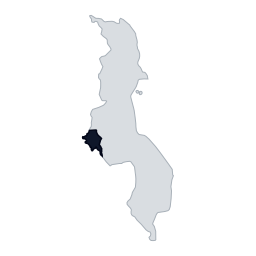 Mchinji highlighted on a map of Malawi
{"feature_id": "MWI-1911", "entity_name": "Mchinji", "entity_type": "District", "adm_level": 1, "iso_a3": "MWI", "parent_name": "Malawi", "parent_adm1": "", "projection": "orthographic", "projection_center": [33.108, -13.784], "detail": "fine", "context": "in_parent", "style": "filled", "palette": "ink", "viewbox_px": 256, "rotation_deg": 0, "n_neighbors": 0, "source": "natural_earth", "source_scale": "10m", "svg_char_len": 4395}
<svg xmlns="http://www.w3.org/2000/svg" viewBox="0 0 256 256"><path d="M97.8,149.7L96.3,147.6L95.0,148.1L93.3,149.6L92.3,150.0L91.9,149.9L91.6,149.6L91.2,148.6L89.8,145.9L88.3,144.0L86.7,143.2L85.4,142.3L86.0,141.5L86.6,140.9L86.4,140.2L85.6,139.3L82.8,138.0L82.8,137.4L85.2,136.2L86.8,134.8L87.9,133.5L89.2,130.6L90.3,127.7L91.2,126.7L91.4,124.8L91.3,122.6L91.8,119.9L92.1,117.3L91.2,116.2L90.5,114.5L91.4,111.5L92.7,109.4L99.0,107.3L103.4,105.3L104.3,104.5L105.8,102.8L106.6,101.2L106.0,100.7L102.6,100.7L101.7,100.1L99.2,94.4L100.6,87.8L100.7,85.3L100.7,82.1L100.3,79.8L99.2,78.8L98.5,77.5L98.7,74.1L99.7,73.7L101.9,69.2L102.9,66.6L101.7,64.5L100.4,61.4L99.8,59.5L99.5,58.9L100.4,57.7L101.9,56.5L103.6,56.2L105.3,55.7L110.9,50.1L111.0,49.0L110.0,47.1L107.9,44.3L107.4,43.2L107.2,39.8L106.4,38.7L103.3,36.4L101.0,34.0L101.7,31.6L102.1,28.9L100.9,27.5L99.2,25.9L98.1,23.7L97.7,22.1L96.3,21.4L95.0,21.4L94.1,22.4L93.1,22.3L91.9,22.0L91.5,20.5L91.5,19.0L90.6,17.9L89.8,16.5L89.7,15.7L90.2,15.5L91.3,15.4L95.8,18.3L98.5,18.4L101.5,19.0L104.1,21.5L105.5,21.9L107.2,21.5L112.1,21.3L114.0,21.7L116.5,23.2L117.5,23.4L119.1,23.4L119.4,23.0L119.6,22.1L119.3,20.3L119.7,19.4L120.6,18.3L123.3,19.6L129.9,25.2L130.1,25.9L134.4,31.6L135.7,33.9L135.7,35.2L137.0,40.1L137.3,42.3L137.0,44.1L137.0,45.5L137.5,47.5L137.4,48.3L138.9,51.2L139.6,53.7L139.7,56.1L139.3,58.4L137.9,61.8L137.7,63.2L138.0,64.5L138.8,65.8L140.3,67.3L141.3,69.1L142.1,71.1L142.7,72.1L143.4,72.1L144.9,72.4L146.0,73.6L147.3,75.7L147.7,78.0L147.9,79.0L144.1,78.9L139.4,79.3L138.2,80.2L137.8,82.2L136.3,86.4L135.5,87.9L133.7,90.7L131.2,94.7L130.7,96.0L130.8,97.3L132.2,102.7L133.7,108.4L134.2,110.6L135.2,118.1L135.8,123.5L135.9,126.6L136.4,130.8L137.7,133.1L139.1,134.5L144.4,135.4L146.0,136.4L149.0,139.1L155.6,146.6L159.2,151.3L162.3,155.5L167.9,163.2L172.2,169.3L172.7,174.9L173.4,175.7L171.9,179.8L170.9,186.6L171.5,191.0L171.1,198.6L170.2,206.7L169.2,209.6L167.9,210.7L164.8,211.5L158.0,212.5L157.0,213.4L156.1,215.0L154.7,218.7L153.1,222.4L152.6,224.0L152.9,224.4L154.3,226.4L155.7,231.3L155.8,239.7L155.3,240.3L153.4,240.6L151.2,240.5L150.4,240.0L149.6,239.1L149.0,237.3L150.4,236.0L150.9,233.9L150.1,232.0L148.3,231.5L146.0,229.8L141.2,224.2L137.1,220.2L134.8,216.9L132.4,215.6L131.7,214.8L131.1,213.4L131.1,211.4L131.4,209.9L130.6,208.3L128.2,205.7L127.1,204.3L127.0,202.6L128.0,201.0L130.2,199.0L131.8,195.0L132.4,192.4L135.4,187.2L135.8,182.6L135.9,179.0L135.7,176.3L135.0,170.7L134.5,166.8L130.9,161.8L129.7,161.3L126.2,161.7L123.1,162.4L121.7,163.5L119.4,163.5L113.5,164.4L111.7,164.7L110.6,165.7L110.0,165.8L106.3,161.9L103.1,157.7L99.0,150.5L97.8,149.7ZM141.0,94.5L140.0,94.7L139.4,94.2L139.5,92.6L139.9,91.5L140.9,91.3L141.6,91.6L142.0,92.1L142.1,93.0L141.8,93.8L141.0,94.5ZM138.8,91.6L138.2,93.2L137.0,93.1L135.9,91.7L136.3,90.7L137.4,90.4L138.3,90.8L138.8,91.6Z" fill="#d9dde1" stroke="#a8b0b8" stroke-width="1"/><path d="M83.9,136.9L84.2,136.9L85.0,136.2L85.4,136.0L86.4,135.8L86.8,135.6L86.9,134.9L86.9,134.4L87.0,133.9L87.2,133.6L87.7,133.5L88.5,133.1L89.0,132.0L89.4,130.4L89.8,130.4L96.0,130.0L96.4,130.3L96.5,130.7L96.5,131.0L96.4,131.6L96.4,131.9L96.5,132.3L97.0,133.3L97.3,134.1L97.6,134.6L97.9,135.0L98.9,136.0L99.3,136.4L99.6,136.7L100.4,137.2L101.5,138.5L101.3,138.9L101.1,139.1L100.9,139.5L100.7,139.8L100.6,140.1L100.2,140.7L100.1,140.8L100.1,141.1L100.1,141.3L100.2,141.6L100.1,141.9L100.0,142.1L99.9,142.2L99.8,142.5L99.7,142.6L99.6,142.8L99.6,143.6L99.5,143.8L99.5,144.0L99.3,144.2L99.2,144.4L99.3,144.7L99.5,145.2L99.8,145.5L100.0,145.8L100.3,146.0L100.6,146.4L101.0,147.5L101.5,148.3L101.7,148.6L101.7,149.0L101.7,149.4L101.6,149.6L101.5,149.8L101.6,150.1L101.7,151.0L101.7,151.4L101.5,152.1L101.4,152.4L101.5,152.8L101.9,154.0L102.2,155.5L102.2,156.0L102.1,155.9L101.9,155.7L101.6,155.6L101.2,155.3L101.0,155.0L100.3,153.9L100.2,153.3L100.3,151.9L100.0,151.1L99.4,150.6L97.8,149.7L97.3,149.1L96.4,147.4L96.0,147.1L95.8,147.3L95.5,148.0L95.2,148.3L94.3,148.5L93.9,148.8L93.5,149.2L92.6,150.6L92.1,150.8L91.4,149.9L91.3,149.5L91.4,148.0L91.4,147.8L91.4,147.7L91.3,147.4L91.0,147.3L90.5,147.3L90.3,147.1L90.1,146.7L90.0,146.3L89.9,145.8L88.5,144.1L88.1,143.7L87.2,143.4L86.2,143.2L85.4,142.8L85.2,142.0L85.5,141.7L86.6,141.2L86.8,140.9L86.6,140.5L85.6,139.0L84.8,138.7L83.8,138.7L82.9,138.5L82.6,137.6L82.7,136.9L82.9,136.7L83.4,136.8L83.9,136.9Z" fill="#0f172a" stroke="#020617" stroke-width="1.5"/></svg>